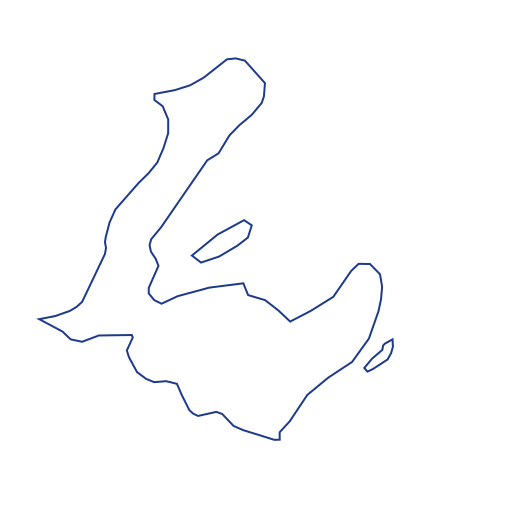 the border of Haiti, rotated 117°
{"feature_id": "HTI", "entity_name": "Haiti", "entity_type": "country or territory", "adm_level": 0, "iso_a3": "HTI", "parent_name": "North America", "parent_adm1": "", "projection": "equal_earth", "projection_center": [-72.755, 19.066], "detail": "fine", "context": "isolated", "style": "outline", "palette": "blue", "viewbox_px": 512, "rotation_deg": 117, "n_neighbors": 0, "source": "natural_earth", "source_scale": "50m", "svg_char_len": 1504}
<svg xmlns="http://www.w3.org/2000/svg" viewBox="0 0 512 512"><g transform="rotate(117 256 256)"><path d="M408.9,151.5L411.5,156.3L417.0,188.5L417.6,198.8L412.1,214.4L412.9,220.6L424.8,235.0L425.0,240.2L423.6,245.4L413.5,259.1L405.8,268.4L408.3,279.2L414.6,289.4L415.4,297.9L413.5,309.2L403.9,323.2L398.8,328.2L384.5,328.8L382.8,330.8L390.0,344.5L398.2,360.0L411.4,372.0L414.4,383.3L411.2,394.0L410.7,420.5L400.6,407.6L389.4,396.9L382.7,392.7L375.8,390.1L322.8,391.5L316.9,393.3L312.3,396.8L307.3,398.5L292.7,401.7L278.2,402.4L244.4,393.8L230.9,389.3L217.5,386.4L202.0,387.4L186.5,390.0L174.2,396.2L164.9,407.2L163.1,417.4L157.7,420.0L145.2,403.8L133.8,392.2L120.7,383.5L94.0,371.2L89.1,363.7L87.0,354.5L97.9,326.5L110.2,321.4L117.0,320.4L132.2,323.9L147.0,330.2L160.5,334.4L181.5,336.0L192.9,342.9L273.4,353.6L288.7,357.0L294.6,355.8L299.8,351.6L304.1,344.0L309.1,338.4L333.0,337.1L338.0,334.6L341.5,326.7L341.4,318.5L327.3,307.5L305.4,283.3L286.1,254.9L294.4,245.3L291.2,227.8L294.3,211.6L298.9,195.8L279.9,182.2L257.3,168.6L226.0,164.4L216.4,161.0L211.4,150.8L216.0,137.2L226.1,129.7L237.7,125.0L249.6,121.8L278.3,117.9L306.8,122.3L331.4,136.3L356.4,147.2L388.0,150.9L402.3,154.9L408.9,151.5ZM286.8,302.0L284.7,313.3L254.2,299.9L229.5,282.9L230.6,273.7L243.2,271.6L255.3,277.3L273.2,288.6L286.8,302.0ZM303.6,100.5L308.4,104.2L306.6,108.7L294.6,105.9L282.2,100.8L278.1,102.1L275.6,101.4L268.3,96.5L274.7,92.8L281.3,91.5L288.5,91.8L303.6,100.5Z" fill="none" stroke="#1e3a8a" stroke-width="2"/></g></svg>